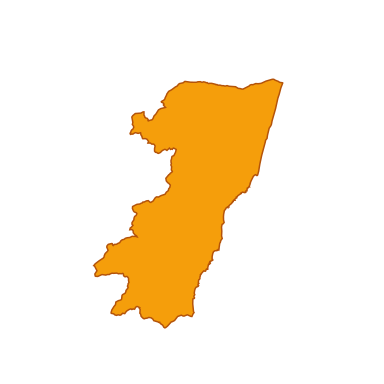 the district of Cañete, Lima, Peru, rotated 231°
{"feature_id": "86281439B38197042578648", "entity_name": "Cañete", "entity_type": "district", "adm_level": 2, "iso_a3": "PER", "parent_name": "Peru", "parent_adm1": "Lima", "projection": "natural_earth1", "projection_center": [-76.444, -12.8], "detail": "fine", "context": "isolated", "style": "filled", "palette": "amber", "viewbox_px": 384, "rotation_deg": 231, "n_neighbors": 0, "source": "geoboundaries", "source_scale": "gbopen_adm2", "svg_char_len": 6051}
<svg xmlns="http://www.w3.org/2000/svg" viewBox="0 0 384 384"><g transform="rotate(231 192 192)"><path d="M196.6,69.3L195.9,69.7L190.6,68.6L189.4,64.9L187.6,63.9L187.1,64.1L185.7,65.6L184.5,70.1L181.7,72.7L181.1,74.3L179.9,75.8L179.8,77.1L179.2,78.8L178.2,79.8L176.4,82.4L174.5,83.6L174.1,84.5L172.9,85.7L172.3,87.0L171.6,87.1L170.0,86.2L169.1,86.3L168.2,86.6L167.7,87.8L167.1,88.4L165.4,88.5L164.5,88.1L163.4,87.1L161.3,86.0L161.0,84.7L160.1,83.8L159.6,82.8L159.1,82.4L158.3,82.5L157.9,82.1L157.2,79.8L157.1,78.9L156.2,77.9L155.4,76.4L155.9,73.5L155.7,72.6L153.0,69.8L152.9,68.6L153.9,66.4L154.4,63.6L152.6,61.6L152.1,59.2L150.8,55.5L149.3,53.3L148.5,52.9L146.6,54.5L145.3,54.6L143.7,55.6L143.0,57.4L142.0,58.1L141.2,59.2L141.4,61.8L139.8,63.2L140.6,66.1L140.3,69.0L139.6,71.0L138.5,71.3L138.2,72.7L137.2,73.3L137.1,74.0L137.9,75.5L137.7,77.1L137.2,77.6L135.0,78.6L134.8,77.9L133.4,77.8L130.6,75.2L129.4,75.2L127.3,74.2L124.2,74.6L123.4,75.3L123.1,76.3L122.2,77.8L121.7,79.5L119.9,81.1L117.7,81.6L116.1,81.3L112.3,83.9L111.7,84.0L111.1,84.9L110.3,84.6L109.3,84.9L108.6,84.8L107.6,85.3L106.7,85.4L104.7,85.0L103.5,85.4L103.2,86.2L103.2,88.5L104.1,94.2L103.6,95.1L103.1,97.6L104.3,102.5L103.0,106.2L101.3,107.0L100.6,107.7L99.5,111.1L95.9,112.9L95.3,113.6L96.6,116.1L97.0,117.7L98.1,117.9L104.5,122.1L108.3,125.3L107.9,126.7L108.1,127.3L109.2,127.5L110.0,128.1L110.4,129.5L111.9,130.0L113.9,132.2L114.9,133.7L115.4,135.2L114.8,137.3L115.0,138.0L115.3,137.8L116.3,138.4L116.7,139.8L117.2,139.6L118.8,141.1L119.6,142.2L119.4,142.9L119.8,143.7L121.0,144.7L121.6,145.8L122.4,146.3L122.3,147.2L122.7,147.6L122.6,147.8L122.8,148.4L123.3,151.3L123.2,151.7L122.5,152.0L122.0,152.7L122.9,154.3L122.4,155.1L122.6,155.2L122.4,155.5L122.8,155.5L122.6,156.1L123.1,156.4L125.4,159.3L125.4,160.0L124.9,160.1L125.0,160.5L125.3,160.6L125.1,161.0L125.6,161.0L125.6,161.3L126.1,161.1L126.6,161.9L126.4,162.3L126.6,162.5L126.4,162.8L126.5,163.3L126.2,163.7L126.0,165.3L126.6,165.6L127.1,165.3L129.2,167.1L131.1,169.4L132.0,171.1L132.0,172.7L131.0,174.1L131.0,175.0L130.5,175.2L130.8,176.0L130.1,176.3L130.7,176.9L130.2,177.5L130.8,177.1L134.7,181.3L135.0,182.3L136.2,183.9L136.8,186.2L139.2,187.3L142.8,190.5L146.2,192.9L147.9,195.0L147.7,196.3L148.1,197.8L150.4,198.9L153.0,200.9L154.9,202.7L157.2,205.5L157.4,206.7L157.7,207.3L157.6,207.5L158.1,208.4L158.0,209.8L157.4,210.0L157.8,210.3L157.4,210.5L157.4,210.9L157.7,211.3L157.4,211.4L157.9,211.8L158.2,213.1L158.2,215.7L158.6,216.4L158.5,217.0L158.9,217.3L158.7,218.0L159.1,218.1L159.1,218.5L159.4,219.1L158.6,220.1L159.4,220.2L159.5,220.5L159.4,221.7L159.5,222.8L159.8,222.9L159.5,223.2L160.1,223.6L159.9,224.1L160.3,225.5L160.0,228.2L160.3,228.8L160.0,228.9L159.8,229.4L160.3,230.0L160.1,231.2L158.4,232.5L158.4,233.1L157.9,233.4L158.0,233.7L158.5,233.5L158.9,234.3L158.6,234.6L158.8,235.4L158.5,235.6L159.7,236.7L159.7,237.3L160.2,237.5L160.0,238.7L160.3,239.6L159.9,239.9L160.4,240.1L161.6,242.1L162.1,242.5L162.2,243.0L162.5,243.2L163.6,245.2L165.5,249.4L165.7,250.6L165.6,252.0L165.3,252.5L164.3,252.5L163.8,253.1L163.9,253.7L166.2,256.9L171.1,262.4L176.6,269.2L184.8,280.5L185.9,281.7L186.4,284.0L188.7,286.5L193.0,292.1L193.9,295.0L194.6,296.3L196.9,299.0L204.2,309.4L210.9,317.8L212.9,321.0L217.0,326.6L219.6,331.1L220.0,331.0L222.1,329.1L223.6,328.7L226.4,327.1L228.1,326.5L229.1,325.3L231.6,319.3L232.9,314.2L234.4,311.7L236.2,309.7L237.1,306.7L237.7,306.3L238.3,305.3L238.6,303.9L238.4,303.2L239.9,296.3L240.8,295.4L242.0,294.6L243.5,293.1L246.4,292.1L250.9,287.3L252.6,286.2L253.5,284.3L254.7,283.5L255.9,282.1L257.3,281.1L258.8,279.3L259.9,279.0L260.2,278.2L261.0,278.0L264.0,275.7L265.3,274.2L265.7,273.3L266.8,272.7L267.5,272.6L267.9,271.9L269.3,271.2L270.4,270.2L270.9,268.8L272.5,267.9L274.0,265.8L274.5,264.5L278.0,260.2L282.4,256.1L282.5,253.7L284.1,250.6L284.2,249.4L283.7,247.2L284.1,245.1L284.3,240.4L284.9,237.2L283.9,233.9L283.4,233.3L282.1,230.4L281.7,230.0L281.3,229.1L281.1,227.6L281.5,226.2L281.5,225.0L281.0,224.8L279.1,225.7L277.9,225.5L277.9,224.9L277.5,224.5L274.4,224.6L276.5,220.2L276.9,217.6L275.3,213.0L275.0,210.4L273.5,207.7L273.3,206.2L274.1,204.7L274.7,202.9L275.1,202.7L275.9,203.5L277.5,203.5L278.7,202.6L279.8,202.4L280.6,202.9L281.9,203.0L284.5,205.1L285.0,204.5L285.5,201.9L288.7,197.3L288.6,194.0L288.1,192.4L283.3,189.8L282.0,188.1L280.3,188.1L278.9,187.4L278.0,185.4L278.2,184.6L277.9,183.4L276.9,181.8L276.8,181.2L276.3,180.6L275.7,180.5L275.3,180.6L275.0,181.8L274.2,182.4L274.0,184.6L273.7,185.4L271.5,187.0L270.4,189.3L268.6,188.3L266.9,188.1L265.0,187.3L264.3,187.3L262.9,189.3L261.4,190.2L258.7,190.1L257.8,188.5L256.3,190.4L254.5,190.9L253.5,192.2L252.8,192.5L251.0,192.3L249.3,190.2L247.3,188.6L245.8,188.6L245.2,189.3L243.5,189.9L243.1,190.3L242.6,192.3L242.9,195.0L242.4,197.5L241.8,198.1L240.1,198.7L240.3,202.1L238.6,202.1L238.3,203.1L237.5,203.6L237.9,204.8L237.7,205.4L235.0,206.5L233.2,204.1L231.7,200.8L232.2,199.1L232.0,198.4L230.4,196.7L229.9,195.7L228.3,194.4L227.3,194.1L226.3,192.6L224.5,192.1L222.1,189.8L220.4,189.7L220.1,188.9L220.2,186.7L219.9,185.9L220.0,184.8L219.1,180.3L216.8,179.0L214.5,179.0L213.3,179.4L211.0,179.5L209.5,177.6L209.1,175.8L208.0,174.5L208.0,171.9L207.2,169.6L208.7,165.6L209.2,162.7L210.3,161.7L210.6,161.1L210.6,159.6L209.5,156.2L209.8,153.4L210.8,152.9L212.8,152.6L213.8,150.9L214.3,148.5L215.1,147.6L214.8,146.6L215.3,145.3L215.5,143.9L217.1,141.4L218.1,136.7L216.8,135.4L214.3,134.6L212.9,134.6L210.8,135.7L209.8,135.5L208.9,133.7L209.1,132.1L208.2,130.5L207.0,129.4L206.0,126.2L204.8,125.1L203.3,125.2L202.8,122.8L202.9,121.4L201.8,119.9L200.9,121.4L199.6,121.9L198.9,121.8L197.3,120.7L194.6,120.7L192.8,121.3L191.7,121.1L193.1,120.2L193.9,119.0L195.2,117.7L195.8,115.0L197.2,112.9L198.0,111.0L197.9,109.6L198.8,107.6L198.8,105.8L198.1,103.8L198.6,102.5L198.9,100.4L200.2,98.6L199.9,97.1L200.3,96.9L202.1,97.5L202.6,97.0L204.0,94.0L203.7,92.2L202.9,91.1L199.5,90.1L199.1,88.8L198.8,85.8L197.9,84.0L196.8,82.7L196.5,81.4L197.0,76.3L197.1,71.5L196.6,69.3Z" fill="#f59e0b" stroke="#b45309" stroke-width="1.5"/></g></svg>